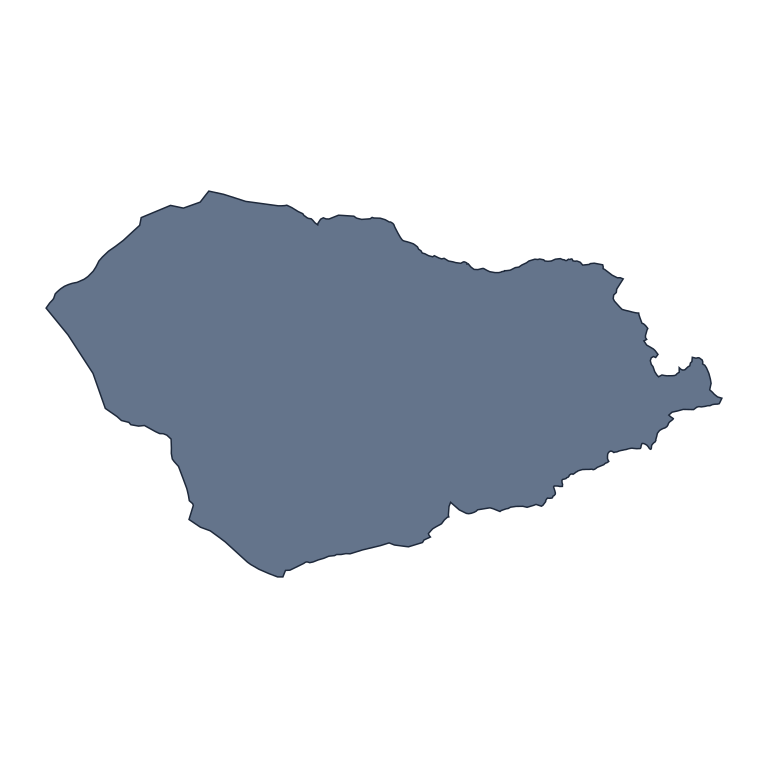 Poiana Vadului, Alba, Romania (orthographic projection)
{"feature_id": "2599482B80171026401494", "entity_name": "Poiana Vadului", "entity_type": "district", "adm_level": 2, "iso_a3": "ROU", "parent_name": "Romania", "parent_adm1": "Alba", "projection": "orthographic", "projection_center": [22.883, 46.405], "detail": "fine", "context": "isolated", "style": "filled", "palette": "slate", "viewbox_px": 768, "rotation_deg": 0, "n_neighbors": 0, "source": "geoboundaries", "source_scale": "gbopen_adm2", "svg_char_len": 5991}
<svg xmlns="http://www.w3.org/2000/svg" viewBox="0 0 768 768"><path d="M693.6,409.6L695.2,408.4L696.8,407.2L698.8,406.6L701.4,406.9L705.0,406.4L707.8,405.7L710.0,405.7L712.3,404.6L714.8,404.2L717.5,404.1L719.2,403.7L720.1,402.0L721.9,398.2L717.5,396.9L714.2,394.2L712.5,392.3L709.7,389.8L710.4,386.5L711.1,383.4L710.4,379.2L708.9,373.5L706.5,367.9L704.8,365.3L702.6,363.9L702.8,361.9L702.2,360.0L699.3,357.9L698.1,357.7L696.0,358.2L692.3,357.3L691.9,361.6L690.4,363.0L689.8,365.8L687.9,366.9L686.0,368.7L684.8,369.8L682.8,370.1L680.9,369.3L679.2,367.7L679.2,372.3L678.0,373.0L676.9,373.8L676.1,374.8L674.6,375.5L672.6,375.7L666.9,375.8L664.5,375.5L661.9,375.0L660.4,375.8L658.6,376.8L656.8,374.9L654.7,371.6L653.0,366.6L651.3,364.4L650.3,360.7L651.2,357.9L653.4,356.5L655.7,357.5L658.0,354.4L655.1,350.6L653.4,349.0L649.9,346.9L646.7,345.1L643.9,340.9L646.7,339.4L645.5,337.7L645.5,335.4L646.1,333.4L647.0,330.1L647.8,328.5L645.9,326.0L644.4,324.5L643.3,323.7L642.0,323.3L640.0,317.9L639.0,314.9L638.7,313.0L637.4,313.0L635.7,312.8L632.5,312.1L628.4,311.0L625.6,310.4L622.1,309.4L619.6,306.9L614.4,301.1L613.2,298.6L613.7,295.0L616.3,292.5L616.7,289.1L623.2,278.9L620.2,277.7L617.4,277.8L612.2,275.2L604.6,269.4L603.1,268.7L603.2,266.8L602.7,264.8L599.6,264.2L594.3,263.2L590.2,263.6L589.4,264.4L582.7,265.1L580.3,262.3L577.2,261.1L576.0,261.0L575.3,261.3L572.9,260.8L572.2,259.2L571.1,258.9L570.4,259.4L569.0,259.4L568.4,259.2L566.8,260.5L565.3,260.5L564.3,259.8L562.6,259.6L560.4,258.6L555.3,259.2L551.3,261.0L548.0,261.3L544.9,261.0L543.7,259.8L539.6,259.0L537.9,259.5L534.8,259.2L528.9,261.0L526.5,262.8L521.8,265.0L518.8,267.1L515.3,267.6L510.2,270.2L505.9,270.7L504.4,270.7L504.2,271.3L501.9,271.6L500.7,272.2L498.7,272.6L495.0,272.6L489.8,271.7L487.0,270.4L483.6,268.5L482.3,268.5L477.9,269.6L474.0,269.4L470.9,267.0L468.2,263.8L467.0,264.1L466.8,262.9L464.6,261.9L463.3,261.9L460.8,263.3L455.6,262.6L452.9,261.8L448.5,261.0L444.1,258.3L441.6,258.9L438.7,257.9L434.3,255.7L432.7,256.8L428.6,255.7L424.8,253.7L422.2,253.0L421.0,250.8L418.6,249.2L417.5,246.9L414.8,244.8L413.3,243.8L410.2,242.7L406.9,241.7L404.8,241.2L403.1,240.6L402.0,239.7L400.3,237.3L399.1,235.2L397.9,233.1L396.3,230.0L394.8,227.1L393.8,224.5L392.7,223.3L390.6,222.0L389.3,222.0L385.2,219.7L380.3,218.2L373.8,218.0L372.1,217.4L370.1,218.8L361.6,219.4L356.5,218.1L353.9,216.2L343.7,215.5L338.5,215.2L329.0,219.0L326.0,218.9L323.3,217.8L320.6,219.2L317.9,223.4L317.7,224.8L315.4,223.2L314.4,222.2L312.8,220.3L311.2,218.8L309.3,218.5L308.4,218.4L306.8,217.6L305.4,216.4L304.1,215.7L302.8,213.7L298.1,211.5L291.8,207.6L286.8,205.2L284.8,205.6L281.5,205.8L278.2,205.8L252.5,202.3L245.7,201.4L223.6,194.3L208.8,191.1L205.3,195.5L200.2,202.1L183.4,208.1L174.4,206.2L170.5,205.4L141.2,217.6L139.7,225.3L132.8,231.6L130.1,234.1L123.3,240.4L115.4,246.4L108.5,251.2L102.4,257.0L98.9,261.0L97.6,263.7L95.9,267.0L93.2,271.2L88.0,276.5L84.2,279.2L77.0,282.4L74.7,282.8L72.0,283.4L68.3,284.6L64.4,286.3L60.8,288.7L58.9,290.3L56.9,292.1L55.2,293.9L53.8,298.1L52.9,299.6L49.6,303.1L46.1,308.1L68.0,334.9L93.0,373.4L105.3,408.4L117.1,416.6L121.4,420.5L128.9,422.4L130.8,424.7L138.6,426.1L144.4,425.5L155.6,431.7L159.7,433.6L163.2,433.7L166.8,435.1L171.1,439.1L171.4,448.1L171.3,453.4L172.3,459.0L174.1,461.5L178.5,466.4L183.0,478.3L186.7,488.3L187.3,490.5L188.4,495.3L189.3,500.7L192.7,503.7L193.3,505.5L189.0,519.5L200.4,527.2L210.2,530.8L218.3,536.7L225.2,541.9L247.4,562.1L250.7,564.5L258.8,569.2L268.9,573.6L277.5,576.9L282.9,576.9L285.5,570.4L289.9,570.2L303.8,563.4L305.3,562.3L306.8,561.9L307.9,562.1L309.8,562.7L311.0,562.4L313.0,562.0L318.3,559.9L323.8,558.3L326.2,557.3L328.8,556.2L334.6,555.6L336.6,554.5L341.1,554.5L345.9,553.6L350.1,553.8L362.6,549.9L380.5,545.6L389.1,542.9L394.4,545.0L405.8,546.5L408.5,546.8L422.5,542.5L424.0,540.0L430.4,537.0L429.1,535.4L428.4,533.6L431.0,530.6L432.7,528.8L436.0,526.8L441.5,523.8L444.3,520.0L447.4,517.2L448.8,516.9L448.5,515.9L448.4,514.7L449.0,506.5L450.6,502.3L459.3,509.9L466.4,513.4L468.7,513.7L471.2,513.3L474.1,512.3L476.2,511.2L477.6,509.8L490.0,507.8L493.3,508.8L500.0,511.5L501.3,510.5L506.2,508.8L508.2,508.5L510.5,507.2L516.0,506.4L522.9,506.3L527.1,507.3L533.8,505.3L536.0,504.4L541.4,506.2L542.9,505.3L545.7,501.6L545.6,500.8L546.3,499.5L547.4,498.1L549.5,498.3L551.5,498.1L552.4,497.8L553.0,496.2L554.2,495.5L555.2,494.3L555.4,493.1L554.8,490.7L554.1,488.6L553.6,487.0L554.2,486.0L555.8,486.0L557.0,486.0L558.3,486.1L559.8,486.5L562.4,486.4L562.4,486.0L562.6,484.4L562.1,482.8L562.0,481.7L561.9,480.3L562.7,479.4L564.6,479.0L566.1,478.5L566.5,477.8L568.1,477.2L568.9,476.4L569.2,475.4L570.1,474.6L570.8,474.1L572.3,473.9L573.0,474.3L574.6,473.3L575.7,472.3L577.1,471.6L578.0,470.9L579.8,470.3L582.6,469.5L584.1,469.5L585.7,469.4L587.3,469.4L589.2,469.4L591.3,469.2L592.1,469.2L593.1,469.7L594.6,469.3L596.1,468.3L597.2,467.4L600.1,466.2L602.3,465.3L603.8,464.7L604.8,463.7L605.6,463.1L606.7,462.8L607.7,462.3L608.8,461.3L608.3,460.7L607.9,459.6L607.5,458.7L607.5,457.6L607.5,456.6L607.6,454.8L607.9,453.5L608.6,452.5L609.5,451.6L610.6,451.1L611.7,451.2L612.8,451.7L613.7,452.5L614.0,452.5L614.9,452.1L616.9,451.9L618.1,451.4L619.3,450.9L621.0,450.5L623.1,450.1L624.2,449.8L626.2,449.5L628.0,448.9L629.8,448.5L631.4,448.2L632.3,448.2L633.5,448.4L634.6,448.5L636.8,448.7L638.6,448.6L639.8,448.6L640.4,448.4L640.8,447.7L641.0,446.8L641.1,445.8L641.5,444.8L641.8,443.8L642.2,443.4L643.2,443.5L644.2,443.7L645.0,444.1L645.9,444.6L646.8,445.1L647.5,445.9L648.3,446.8L648.8,447.7L649.5,448.6L650.1,449.1L650.7,449.3L651.0,449.1L651.3,448.4L651.5,447.0L651.5,446.1L651.9,444.9L652.8,443.8L653.9,442.7L655.2,441.8L655.5,441.1L655.9,440.3L655.8,439.5L656.7,436.4L657.2,434.1L657.4,433.3L658.9,431.3L659.7,430.4L661.3,429.4L663.1,428.5L665.0,427.9L666.9,426.6L668.0,424.9L668.3,423.8L669.0,422.6L669.9,421.7L671.4,420.6L672.9,419.4L673.3,418.6L670.7,416.8L668.8,415.1L672.0,412.2L677.4,411.0L683.2,409.4L693.6,409.6Z" fill="#64748b" stroke="#1e293b" stroke-width="1.5"/></svg>